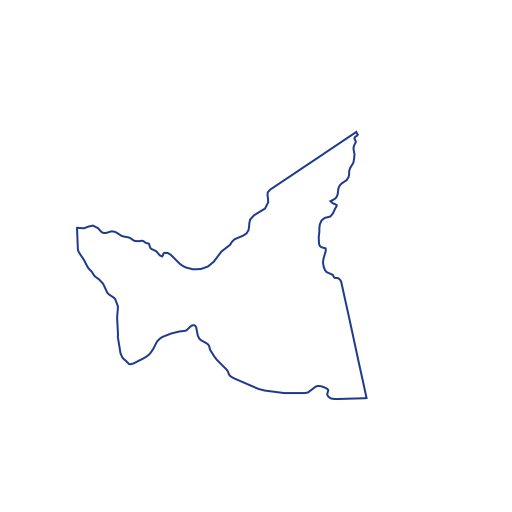 the border of Sangha-Mbaéré, rotated 211°
{"feature_id": "CAF-802", "entity_name": "Sangha-Mbaéré", "entity_type": "Economic Prefecture", "adm_level": 1, "iso_a3": "CAF", "parent_name": "Central African Republic", "parent_adm1": "", "projection": "mercator", "projection_center": [16.411, 3.248], "detail": "fine", "context": "isolated", "style": "outline", "palette": "blue", "viewbox_px": 512, "rotation_deg": 211, "n_neighbors": 0, "source": "natural_earth", "source_scale": "10m", "svg_char_len": 3063}
<svg xmlns="http://www.w3.org/2000/svg" viewBox="0 0 512 512"><g transform="rotate(211 256 256)"><path d="M423.9,188.0L417.8,191.1L414.7,195.0L411.4,198.1L405.7,198.5L401.7,197.2L399.7,196.9L397.4,197.8L395.3,199.6L394.0,201.2L392.6,202.7L390.0,203.9L387.7,204.2L381.5,204.0L379.3,204.6L375.2,206.2L373.0,206.6L368.8,206.3L367.4,206.6L364.8,207.9L363.7,208.6L362.0,210.1L360.7,210.7L359.7,210.7L357.6,210.5L356.4,210.7L354.3,211.4L353.1,210.6L351.9,209.3L350.2,208.3L348.7,208.2L344.4,208.7L342.9,208.4L340.1,207.4L338.6,207.0L336.3,207.2L336.1,208.5L336.5,210.2L336.2,211.5L333.2,213.1L329.9,213.2L317.0,210.0L313.9,209.8L310.3,210.0L303.0,212.2L296.6,216.4L291.8,222.2L289.3,229.2L287.9,242.2L284.0,252.1L283.9,255.9L283.0,259.3L277.6,266.7L275.8,270.3L275.7,274.2L277.0,277.5L278.6,280.7L279.8,284.2L278.7,289.8L272.7,301.4L273.2,308.3L275.1,311.2L277.3,313.8L278.7,316.6L278.0,320.3L273.5,329.8L269.9,337.5L267.7,342.1L261.1,356.2L254.0,371.2L249.0,381.9L241.9,397.0L233.9,414.0L233.3,413.5L231.2,412.4L231.5,410.9L232.4,408.9L232.3,407.6L231.7,407.0L229.6,405.7L229.1,404.9L228.9,401.8L228.6,400.4L228.1,398.9L227.0,397.3L224.0,394.0L222.1,390.1L220.8,386.8L220.6,385.6L220.6,379.7L219.9,376.9L217.9,373.2L217.3,371.2L217.4,367.7L219.9,362.4L220.6,359.4L220.1,356.2L217.7,350.8L217.3,347.6L217.8,345.8L219.0,343.5L220.4,341.4L218.7,341.0L216.7,340.8L214.6,341.2L213.0,341.1L212.5,339.8L212.6,337.6L212.0,332.3L212.6,328.2L216.8,323.9L218.1,320.3L217.6,316.1L216.1,312.6L214.2,309.4L211.8,304.2L208.5,299.3L207.3,298.0L205.7,297.3L204.2,297.3L202.5,297.7L200.4,298.4L199.7,297.7L199.2,297.0L198.8,296.1L196.7,288.3L195.4,285.2L192.8,282.0L189.8,279.5L187.3,278.6L180.6,279.3L180.0,279.1L178.3,278.0L177.3,277.8L176.6,278.1L174.7,279.1L174.1,279.3L172.2,279.0L170.9,278.6L169.8,277.9L158.1,265.5L143.4,250.0L128.0,233.6L111.8,216.3L98.6,202.4L88.1,191.2L88.9,190.5L113.4,174.8L116.6,173.1L118.7,172.5L120.2,172.5L121.6,172.8L122.6,173.2L123.4,173.8L123.9,174.5L124.9,178.2L126.2,178.8L128.3,178.8L132.7,178.0L134.9,177.1L136.6,176.0L137.5,174.9L141.2,165.7L143.8,163.5L161.3,153.0L179.4,145.1L185.6,143.3L211.1,139.9L214.3,139.7L216.5,139.9L217.8,140.4L218.9,141.1L220.0,142.1L221.3,142.9L222.7,143.5L236.0,146.8L239.6,148.2L246.2,151.5L247.9,152.7L248.9,153.9L250.0,154.8L251.5,155.5L253.6,155.7L259.4,155.5L261.5,155.8L263.3,156.7L265.1,158.0L270.6,164.1L272.2,164.9L273.3,164.8L274.4,164.2L275.2,163.2L275.8,161.9L277.3,156.6L278.1,155.5L279.0,154.7L282.5,152.1L288.5,146.2L294.5,138.5L295.7,136.0L296.2,134.1L296.7,132.1L296.7,130.1L296.2,123.5L296.5,118.6L297.0,116.2L297.9,113.8L299.7,110.3L305.8,100.6L307.7,98.7L309.0,98.0L312.5,98.9L316.9,99.7L318.3,100.2L322.0,102.8L332.9,115.6L333.2,116.3L333.5,117.1L343.3,131.6L347.6,140.3L348.3,141.4L348.9,142.1L354.5,146.5L355.6,147.0L361.7,147.3L363.4,147.6L364.5,147.9L372.5,153.3L373.3,153.6L378.3,155.1L383.1,155.5L384.0,155.7L384.9,156.0L388.4,157.8L393.4,159.2L395.3,160.2L401.4,164.0L409.5,167.8L410.8,168.7L411.8,169.5L423.9,187.9L423.9,188.0Z" fill="none" stroke="#1e3a8a" stroke-width="2"/></g></svg>